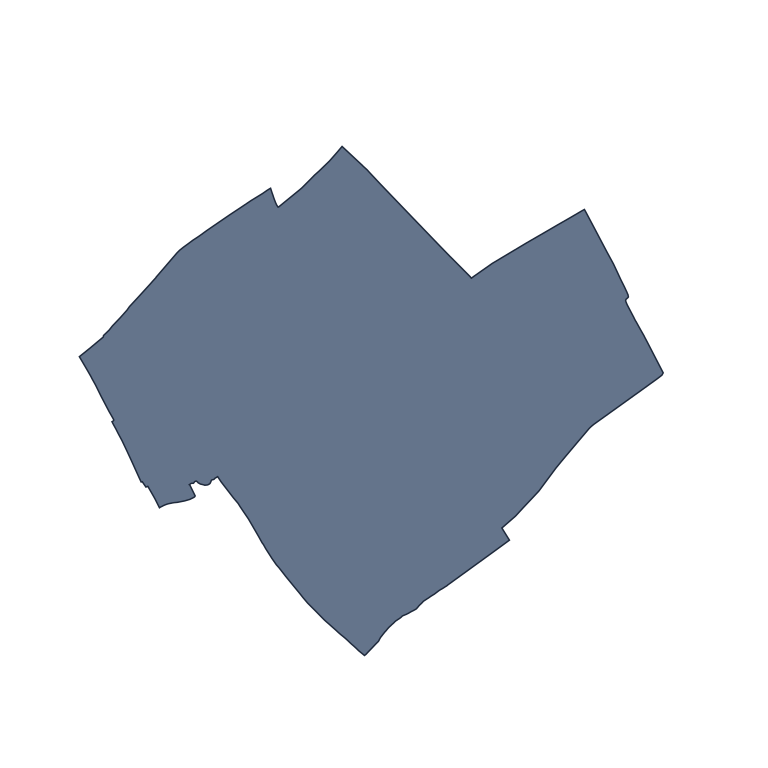 Baleni, Galati, Romania (orthographic projection), rotated 61°
{"feature_id": "2599482B3331381217187", "entity_name": "Baleni", "entity_type": "district", "adm_level": 2, "iso_a3": "ROU", "parent_name": "Romania", "parent_adm1": "Galati", "projection": "orthographic", "projection_center": [27.839, 45.802], "detail": "fine", "context": "isolated", "style": "filled", "palette": "slate", "viewbox_px": 768, "rotation_deg": 61, "n_neighbors": 0, "source": "geoboundaries", "source_scale": "gbopen_adm2", "svg_char_len": 4682}
<svg xmlns="http://www.w3.org/2000/svg" viewBox="0 0 768 768"><g transform="rotate(61 384 384)"><path d="M328.5,124.1L328.5,127.6L328.8,140.3L329.0,154.7L329.2,163.3L329.7,190.6L331.0,230.7L333.4,253.3L333.8,256.1L333.8,256.3L331.9,256.6L305.8,264.0L305.4,264.1L304.9,264.3L289.7,268.4L266.8,274.5L262.9,275.5L262.3,275.7L224.6,285.7L206.4,290.5L191.7,294.2L188.6,294.9L183.0,296.8L182.8,296.8L173.5,299.8L155.9,305.5L158.7,312.9L162.5,323.5L166.3,337.6L167.6,343.4L169.4,349.4L172.7,360.9L173.2,363.4L178.1,390.5L177.9,390.9L175.6,391.1L172.8,390.9L169.3,390.4L167.4,390.1L165.5,389.7L161.9,389.1L159.4,388.6L157.8,388.3L157.8,388.5L157.8,389.0L157.8,389.8L157.9,391.3L157.9,391.5L157.9,392.0L158.5,397.6L158.6,399.4L159.1,411.1L160.2,423.8L161.2,436.6L162.4,449.4L163.9,464.9L165.0,473.9L165.2,476.1L165.6,481.6L166.4,487.3L167.1,493.0L167.9,497.8L169.0,501.6L176.6,522.1L180.1,531.6L180.4,531.8L180.7,532.8L181.9,536.4L183.2,540.0L189.4,558.4L192.9,569.1L194.8,573.0L198.2,582.7L201.5,593.3L203.6,598.3L205.6,605.8L206.8,606.7L210.2,624.5L212.4,637.2L212.7,637.2L216.4,637.1L228.4,636.8L235.2,636.7L237.7,636.8L245.2,636.8L251.3,637.1L257.5,637.4L274.6,637.8L275.4,637.8L280.8,637.7L284.0,637.7L284.6,637.9L284.8,638.1L284.9,638.3L285.1,639.2L285.1,640.2L288.2,640.3L288.3,640.3L289.5,640.3L293.3,640.3L296.0,640.4L298.6,640.5L306.5,640.6L317.7,641.3L327.5,642.0L347.3,643.6L352.0,643.9L352.3,642.8L355.5,642.5L358.7,642.2L359.0,640.2L363.8,640.1L370.5,640.0L373.7,640.0L383.4,640.4L383.3,638.9L383.4,637.2L383.4,636.2L383.5,634.8L383.8,632.6L384.1,631.1L384.5,629.7L385.0,628.2L385.4,626.8L386.0,625.1L387.3,622.2L389.6,615.0L390.8,609.7L391.0,605.2L390.8,604.1L390.3,603.4L378.4,602.8L377.7,603.1L377.6,602.3L377.5,601.6L377.5,600.7L377.6,600.3L378.0,599.6L378.3,599.2L378.3,598.9L378.4,598.6L378.3,598.4L378.2,598.2L378.0,597.8L377.8,597.3L377.7,597.0L377.6,596.5L377.7,596.0L377.8,595.4L378.3,595.0L378.9,594.8L379.7,594.5L380.5,594.4L381.2,593.8L382.4,593.2L384.2,591.2L384.7,590.7L385.3,590.1L385.7,589.8L385.9,589.2L386.1,588.7L386.5,587.9L386.7,587.2L386.8,586.7L386.8,585.7L386.8,585.1L386.7,584.7L386.6,584.3L386.3,583.9L385.9,583.3L385.3,582.5L384.9,582.1L384.6,581.7L384.5,581.4L384.5,581.0L384.6,580.4L384.8,579.8L384.9,579.4L384.9,579.0L384.9,578.7L384.8,578.3L384.5,577.7L384.4,574.4L390.7,573.9L410.6,570.9L417.7,569.5L421.6,569.3L427.5,568.8L436.2,568.0L456.0,567.6L459.9,567.6L461.7,567.6L463.9,567.6L466.0,567.3L467.7,567.3L470.7,567.3L478.5,566.8L482.1,566.6L489.9,565.8L493.4,565.0L502.8,563.5L504.3,563.3L521.2,560.2L526.6,559.2L531.6,558.4L538.6,557.0L549.4,553.9L560.3,550.9L561.7,550.5L564.3,549.6L566.7,548.7L568.7,548.0L571.0,547.2L574.1,546.1L576.4,545.3L579.5,544.3L582.5,543.2L584.9,542.2L587.5,541.2L590.7,540.1L594.0,539.1L595.8,538.5L598.2,537.6L601.8,536.4L604.9,535.5L608.4,534.1L610.4,533.3L612.0,532.7L611.7,530.8L610.8,528.1L609.8,524.8L609.0,522.2L608.3,520.0L607.5,517.5L606.8,515.1L606.5,514.0L606.2,513.3L605.9,512.8L605.1,511.7L604.8,511.2L604.0,509.9L603.1,507.7L602.5,506.4L602.1,505.3L601.5,504.0L600.9,502.1L600.3,500.6L599.8,499.4L599.4,498.2L599.0,496.9L598.7,495.5L598.2,493.7L597.8,491.7L597.6,491.1L597.5,490.6L597.2,489.9L597.1,489.2L596.9,488.5L596.9,487.4L596.7,486.3L596.7,485.1L596.6,484.1L596.5,483.3L596.3,482.1L596.0,481.1L595.9,480.8L595.8,480.1L596.0,478.3L596.2,476.6L596.3,475.9L596.3,474.7L596.4,473.7L596.3,472.2L596.3,470.0L596.4,468.4L596.4,467.1L596.4,466.1L596.4,465.2L596.3,464.5L595.8,463.2L595.3,461.8L595.0,461.2L594.6,459.9L594.4,459.0L594.2,458.3L594.2,458.1L594.1,457.9L593.9,457.1L593.4,455.6L593.2,455.1L593.1,454.6L593.0,453.1L592.8,450.7L592.7,448.7L592.4,446.2L592.3,444.4L592.2,441.8L591.5,437.0L591.3,435.5L591.3,434.8L591.3,434.4L591.2,434.0L591.3,433.2L591.2,430.9L591.0,428.4L591.0,427.2L590.8,426.0L590.7,425.8L584.0,370.7L581.4,350.0L575.7,350.3L567.1,350.7L565.7,344.2L563.3,333.0L559.7,322.2L555.2,308.1L554.2,305.0L552.7,300.4L540.9,274.4L538.0,267.1L535.2,259.9L528.0,241.0L522.3,225.9L521.6,223.2L521.0,220.0L517.8,192.5L515.1,169.5L515.0,168.4L513.0,151.7L512.4,146.6L512.0,143.2L511.8,141.8L511.3,138.4L511.0,136.6L509.6,134.4L478.8,133.5L475.1,133.4L469.5,133.3L468.0,133.2L467.2,133.2L460.8,133.3L456.4,133.3L455.7,133.3L451.7,133.3L450.8,133.4L447.5,133.3L446.9,133.2L445.3,133.2L441.4,133.1L436.8,133.0L432.6,132.9L432.0,132.8L431.4,132.8L430.8,132.7L429.2,132.5L428.2,132.2L427.6,131.7L427.2,131.0L426.8,129.1L426.6,128.5L426.3,128.0L425.3,127.7L424.3,127.3L423.9,127.3L422.6,127.2L421.2,127.0L419.3,126.9L418.2,126.8L415.3,126.6L407.7,126.3L397.8,125.6L390.3,125.1L376.7,125.0L347.7,124.4L331.8,124.1L328.5,124.1Z" fill="#64748b" stroke="#1e293b" stroke-width="1.5"/></g></svg>